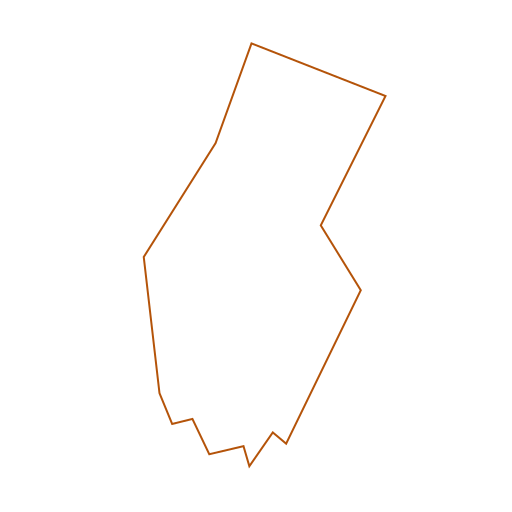 Kapoeta North, Eastern Equatoria, South Sudan (Natural Earth projection), rotated 12°
{"feature_id": "79223893B90459000801703", "entity_name": "Kapoeta North", "entity_type": "district", "adm_level": 2, "iso_a3": "SSD", "parent_name": "South Sudan", "parent_adm1": "Eastern Equatoria", "projection": "natural_earth1", "projection_center": [33.472, 5.308], "detail": "fine", "context": "isolated", "style": "outline", "palette": "amber", "viewbox_px": 512, "rotation_deg": 12, "n_neighbors": 0, "source": "geoboundaries", "source_scale": "gbopen_adm2", "svg_char_len": 355}
<svg xmlns="http://www.w3.org/2000/svg" viewBox="0 0 512 512"><g transform="rotate(12 256 256)"><path d="M324.5,433.3L365.6,267.7L313.0,212.6L349.4,72.6L207.4,49.0L193.0,154.0L146.4,280.3L190.1,410.2L190.5,410.8L208.9,437.7L227.7,428.6L251.5,459.6L283.3,444.6L293.2,463.0L309.1,425.1L324.5,433.3Z" fill="none" stroke="#b45309" stroke-width="2"/></g></svg>